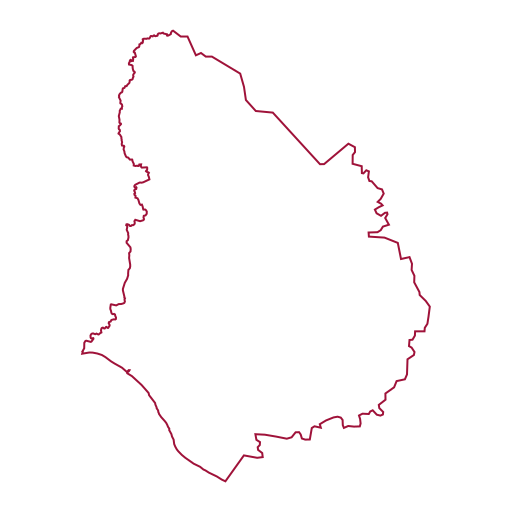 Ecilda Paullier, San José, Uruguay
{"feature_id": "84410073B50941503213986", "entity_name": "Ecilda Paullier", "entity_type": "district", "adm_level": 2, "iso_a3": "URY", "parent_name": "Uruguay", "parent_adm1": "San José", "projection": "mercator", "projection_center": [-57.073, -34.372], "detail": "fine", "context": "isolated", "style": "outline", "palette": "rose", "viewbox_px": 512, "rotation_deg": 0, "n_neighbors": 0, "source": "geoboundaries", "source_scale": "gbopen_adm2", "svg_char_len": 5995}
<svg xmlns="http://www.w3.org/2000/svg" viewBox="0 0 512 512"><path d="M82.7,351.0L82.9,351.0L82.2,353.7L89.3,352.5L92.6,352.6L97.3,353.5L101.9,355.0L105.4,357.1L111.1,361.4L114.5,363.5L122.0,367.7L126.8,371.9L128.8,370.1L129.5,370.2L128.9,371.2L127.8,371.9L127.3,371.9L127.1,372.5L127.4,372.9L127.3,373.3L131.9,376.1L141.6,385.0L148.6,393.0L149.1,395.2L155.1,403.0L155.4,404.6L156.6,407.4L156.7,408.4L157.8,409.9L158.3,411.1L158.2,411.8L158.9,413.3L159.0,413.9L161.2,417.1L164.8,421.1L166.2,422.9L167.3,425.0L168.0,426.8L169.3,428.7L169.2,430.1L171.4,434.1L172.0,436.5L173.6,439.6L174.2,444.1L175.3,446.7L176.8,449.4L178.3,451.3L181.8,454.9L185.3,457.8L193.7,463.7L200.1,466.8L203.4,469.5L205.4,470.4L209.0,472.7L216.9,476.5L221.8,479.6L225.4,481.3L243.9,455.4L257.2,457.8L262.7,457.1L262.2,453.0L258.1,449.9L257.7,447.2L259.8,445.0L260.0,442.1L256.4,439.8L255.4,434.2L264.9,434.7L276.2,436.6L286.8,438.7L291.6,437.3L295.6,432.3L299.1,432.2L300.7,434.5L301.9,438.5L305.2,439.6L309.8,439.5L311.8,428.0L314.5,426.3L320.8,427.7L319.8,424.2L326.1,420.4L333.6,417.4L337.6,416.7L340.8,417.6L342.6,420.0L342.8,425.2L343.9,427.9L348.2,426.0L354.0,426.6L359.8,426.4L360.6,423.5L360.1,419.0L359.0,415.5L362.5,413.7L368.8,414.0L370.2,411.5L372.7,410.3L376.8,414.7L380.4,415.6L382.9,414.5L383.2,412.0L379.3,408.1L378.8,404.9L385.5,399.7L385.4,393.5L394.1,387.3L396.6,381.1L404.9,379.3L407.0,374.4L407.5,359.3L413.9,355.0L414.5,352.0L411.6,347.6L409.0,346.1L409.5,340.0L412.5,339.7L414.9,335.6L415.1,331.3L424.5,331.3L424.8,327.8L427.4,323.8L428.5,316.7L429.8,306.6L425.7,300.9L419.7,295.0L419.4,292.0L414.2,282.3L414.4,275.8L411.6,269.9L412.0,263.8L409.5,257.1L401.0,259.0L397.8,242.9L384.5,237.6L368.9,236.6L368.6,232.5L377.5,232.2L380.7,230.2L382.9,226.6L388.9,224.7L385.2,218.0L387.5,214.2L387.1,212.6L385.0,212.8L381.0,215.8L376.6,213.3L374.9,209.6L378.8,207.2L382.6,205.4L381.1,203.7L377.7,201.9L380.7,198.9L383.7,193.6L382.0,189.4L377.6,188.1L371.7,181.3L369.4,181.0L368.1,177.3L368.9,171.4L366.3,170.3L363.4,173.4L361.9,173.1L361.7,166.2L352.6,163.8L352.7,155.0L355.0,152.1L354.9,147.2L348.4,143.7L324.1,164.1L320.0,164.2L272.8,112.6L255.8,111.0L245.9,100.0L244.0,86.9L240.2,73.6L211.9,56.6L205.8,56.6L201.0,53.0L195.9,55.3L187.5,36.5L180.7,36.5L173.1,30.7L172.2,31.0L171.6,31.7L171.0,32.7L170.8,34.1L168.4,35.5L167.2,35.7L167.0,35.4L167.3,35.0L167.1,34.3L163.5,33.5L162.9,32.7L160.3,33.5L159.5,33.3L158.5,33.5L157.8,34.2L157.6,35.5L157.0,35.9L156.7,35.8L155.6,36.2L154.8,36.0L154.3,35.4L153.6,35.5L152.7,36.4L151.3,36.0L150.7,36.1L149.6,38.2L149.1,38.6L147.3,38.4L146.6,38.8L144.1,38.7L143.2,38.9L142.7,39.3L143.1,40.6L142.8,41.2L142.9,41.9L142.7,42.7L142.1,43.2L141.3,42.8L140.4,44.0L139.4,44.4L139.4,45.9L138.9,47.1L136.7,48.0L133.9,50.9L133.7,51.9L134.2,52.5L134.8,52.6L135.9,56.3L135.7,56.7L135.4,57.0L133.0,57.3L132.9,57.6L133.2,59.3L132.9,60.9L132.4,60.8L131.8,61.0L131.6,60.4L130.7,59.8L130.2,60.1L129.7,61.2L129.9,61.7L128.9,63.2L129.0,64.5L131.7,65.1L132.6,65.9L132.6,67.1L132.8,68.8L133.4,70.9L134.6,71.8L134.8,72.5L134.5,73.0L134.2,73.1L133.2,74.8L133.2,75.7L133.5,76.7L133.0,77.4L132.6,79.1L131.7,79.8L130.4,79.9L129.8,80.2L129.6,80.7L129.7,81.6L129.3,83.0L127.4,84.8L126.6,86.1L125.3,86.1L124.4,87.9L122.9,88.4L122.7,88.9L122.3,91.7L121.9,92.3L120.9,92.7L119.7,94.0L119.0,95.4L119.2,96.3L118.9,97.1L120.6,100.6L120.3,103.1L120.6,103.6L121.4,103.9L122.0,104.7L122.3,106.4L121.8,107.4L121.9,108.7L120.7,108.8L119.7,110.9L119.8,112.2L118.8,116.1L119.5,119.7L119.4,122.6L119.8,123.1L120.9,123.6L121.0,124.1L120.0,125.3L118.8,126.2L118.7,128.5L119.0,129.3L119.7,129.7L120.0,131.1L118.6,133.2L118.5,133.6L119.9,134.6L121.4,137.1L121.4,138.4L121.7,139.6L121.6,140.2L122.1,142.2L121.7,144.0L122.0,145.5L123.9,145.8L124.3,146.4L124.2,146.9L123.9,147.0L123.6,149.4L124.4,151.5L124.6,153.2L125.9,156.3L126.6,157.2L128.2,157.6L129.9,159.6L132.1,159.5L132.3,159.8L132.5,161.2L133.8,163.9L133.7,165.5L135.4,166.0L137.2,165.7L137.8,166.0L138.3,166.0L138.8,165.9L139.3,164.5L141.1,164.4L140.8,165.8L141.2,167.0L141.8,167.6L146.9,167.3L147.2,167.7L147.2,169.2L147.0,170.1L146.2,170.7L146.0,171.2L146.9,171.9L148.5,172.4L148.9,172.8L148.3,173.8L148.0,174.9L148.9,177.0L149.4,179.4L143.2,182.3L141.5,182.7L140.0,182.5L139.3,182.7L135.2,184.8L134.4,185.9L134.3,186.4L134.6,187.2L135.2,187.7L136.2,187.2L136.5,187.6L136.2,189.0L135.3,189.3L134.2,190.3L134.3,191.0L134.9,192.1L135.1,193.2L134.3,193.9L134.6,195.0L135.3,195.4L135.6,195.9L135.4,197.6L137.5,198.3L138.4,199.9L139.4,203.4L140.2,204.6L140.6,204.9L141.9,204.6L142.6,206.4L143.2,209.2L143.4,209.6L145.1,209.5L146.0,210.2L146.8,211.6L146.7,213.8L145.5,215.4L143.8,215.8L143.5,217.4L144.0,219.1L143.8,219.7L143.1,220.3L140.1,221.2L135.3,219.8L134.4,221.2L134.7,222.1L134.7,223.7L134.0,224.6L133.0,225.2L132.0,225.1L130.9,226.0L130.0,226.0L129.0,224.8L127.4,224.2L126.5,224.3L126.2,225.2L127.1,226.0L127.3,226.8L126.7,229.8L128.2,233.1L128.1,234.8L128.4,235.6L128.5,237.4L127.9,240.1L126.6,241.2L126.6,242.8L130.4,247.3L130.7,249.1L130.5,251.5L129.1,253.1L129.3,255.4L129.1,258.0L130.2,264.7L130.2,266.5L129.8,268.3L128.4,269.9L128.1,273.9L128.2,275.2L127.1,278.8L124.8,282.8L122.9,288.9L122.9,290.4L124.4,296.7L124.3,297.3L124.5,298.0L125.0,298.3L124.5,299.7L124.9,301.5L124.3,302.9L123.3,303.4L121.3,304.0L118.7,304.1L116.2,305.4L111.2,304.3L110.8,304.5L110.3,307.7L110.3,309.0L111.0,310.9L111.3,312.5L111.7,313.4L112.3,314.0L113.0,314.2L114.0,313.9L115.0,314.5L115.3,316.0L116.0,317.5L115.9,319.0L115.2,319.5L113.9,319.3L111.7,319.9L111.3,320.1L110.7,321.5L108.9,322.2L108.7,323.3L109.5,324.6L109.6,325.7L108.2,327.9L107.5,327.9L106.5,326.9L106.0,327.0L104.7,328.5L103.9,328.4L102.9,327.6L102.0,327.9L101.5,328.4L101.1,329.8L101.0,330.6L101.4,332.5L100.1,333.2L98.8,334.4L98.3,334.5L96.5,333.6L95.2,334.2L93.0,333.4L91.8,333.7L91.1,334.3L90.5,335.5L90.6,337.5L90.9,338.1L91.6,338.5L93.2,338.1L93.4,338.3L93.4,338.9L91.5,341.5L90.8,341.9L86.2,340.7L85.4,341.0L84.3,342.8L84.2,348.3L82.7,351.0Z" fill="none" stroke="#9f1239" stroke-width="2"/></svg>